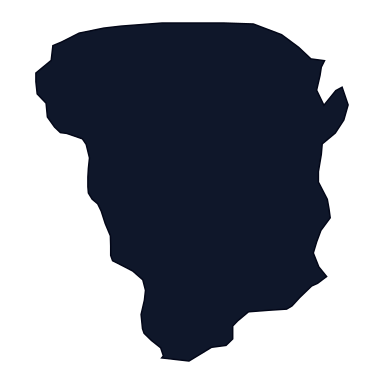 Kellia, Larnaca, Cyprus
{"feature_id": "46923920B13037946348348", "entity_name": "Kellia", "entity_type": "district", "adm_level": 2, "iso_a3": "CYP", "parent_name": "Cyprus", "parent_adm1": "Larnaca", "projection": "robinson", "projection_center": [33.623, 34.983], "detail": "fine", "context": "isolated", "style": "filled", "palette": "ink", "viewbox_px": 384, "rotation_deg": 0, "n_neighbors": 0, "source": "geoboundaries", "source_scale": "gbopen_adm2", "svg_char_len": 1107}
<svg xmlns="http://www.w3.org/2000/svg" viewBox="0 0 384 384"><path d="M52.9,45.6L51.2,60.4L35.9,73.0L35.9,81.8L37.2,93.9L46.1,103.2L47.4,117.0L54.6,127.1L60.4,132.6L66.7,133.4L82.4,138.8L86.2,144.4L89.5,157.9L88.4,168.3L87.9,176.9L87.9,186.9L88.4,193.0L92.2,199.2L97.7,203.8L101.2,211.0L105.3,223.7L110.4,235.8L110.7,246.0L110.7,255.4L112.6,260.7L122.7,265.8L132.7,271.0L142.8,279.8L145.5,290.3L144.4,300.2L141.1,314.5L142.5,328.7L144.1,333.3L151.5,340.5L160.7,347.8L163.4,355.9L161.7,357.9L189.0,361.0L211.5,347.3L226.0,345.4L232.7,338.9L232.7,326.0L237.6,320.9L248.5,311.8L269.4,310.2L286.6,309.1L292.0,305.9L299.6,297.6L311.6,286.0L317.6,283.3L326.6,276.5L325.6,275.3L318.8,266.9L313.3,253.0L316.7,241.7L320.9,230.4L330.2,217.8L329.0,208.9L327.3,199.3L318.4,182.1L318.4,171.6L321.3,154.4L322.2,143.9L335.3,133.0L343.8,120.0L348.1,104.9L342.1,87.2L335.8,90.6L323.9,105.3L316.6,90.2L320.0,75.5L321.3,67.1L324.5,60.7L310.9,58.9L298.6,47.3L281.6,34.7L253.4,24.0L223.2,23.0L189.9,23.0L162.2,23.0L121.2,26.1L103.8,28.1L79.2,33.1L61.2,42.2L52.9,45.6Z" fill="#0f172a" stroke="#020617" stroke-width="1.5"/></svg>